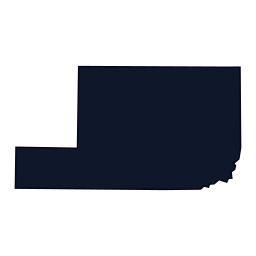 outline of Adams, Washington, United States of America
{"feature_id": "52423323B7193910850758", "entity_name": "Adams", "entity_type": "district", "adm_level": 2, "iso_a3": "USA", "parent_name": "United States of America", "parent_adm1": "Washington", "projection": "orthographic", "projection_center": [-118.309, 46.999], "detail": "fine", "context": "isolated", "style": "filled", "palette": "ink", "viewbox_px": 256, "rotation_deg": 0, "n_neighbors": 0, "source": "geoboundaries", "source_scale": "gbopen_adm2", "svg_char_len": 399}
<svg xmlns="http://www.w3.org/2000/svg" viewBox="0 0 256 256"><path d="M78.7,66.6L77.5,148.3L16.0,147.3L15.4,188.1L163.4,189.4L200.7,189.0L203.9,186.0L208.5,187.1L209.4,184.2L214.1,183.7L219.1,179.6L226.7,182.1L228.5,178.2L231.8,178.2L231.1,171.8L234.6,169.4L235.5,165.7L233.6,163.4L238.8,158.9L240.6,147.8L240.0,67.2L226.5,67.3L78.7,66.6Z" fill="#0f172a" stroke="#020617" stroke-width="1.5"/></svg>